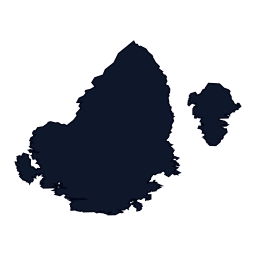 the district of Stord nor, Hordaland, Norway
{"feature_id": "86288312B17491497636164", "entity_name": "Stord nor", "entity_type": "district", "adm_level": 2, "iso_a3": "NOR", "parent_name": "Norway", "parent_adm1": "Hordaland", "projection": "natural_earth1", "projection_center": [5.468, 59.833], "detail": "fine", "context": "isolated", "style": "filled", "palette": "ink", "viewbox_px": 256, "rotation_deg": 0, "n_neighbors": 0, "source": "geoboundaries", "source_scale": "gbopen_adm2", "svg_char_len": 5863}
<svg xmlns="http://www.w3.org/2000/svg" viewBox="0 0 256 256"><path d="M37.8,127.8L35.6,131.0L34.2,130.8L32.9,132.5L32.9,133.9L34.7,134.8L33.8,135.2L33.5,137.0L32.4,137.0L32.2,138.6L30.7,137.3L32.2,138.8L30.7,138.7L30.3,140.5L29.4,140.1L32.7,142.6L30.6,142.7L30.5,145.1L31.3,146.5L29.9,146.6L30.7,147.6L33.5,148.4L33.4,149.5L35.7,152.0L39.2,152.5L35.2,152.4L33.2,150.0L31.9,150.1L32.6,150.6L31.8,151.0L30.7,149.8L29.1,150.2L31.3,151.2L29.5,151.3L30.1,152.2L32.7,151.9L32.9,154.8L31.5,155.5L33.2,157.1L32.4,157.6L33.2,159.1L34.7,158.6L37.0,159.3L36.7,160.0L37.2,160.2L37.4,159.2L37.7,161.5L36.5,163.2L38.4,163.3L38.5,164.3L40.1,164.7L39.8,165.8L40.9,167.0L40.8,168.8L37.5,168.6L36.4,170.1L32.8,166.9L30.9,167.1L30.1,164.2L30.3,159.6L28.7,158.7L27.9,156.3L28.5,155.0L23.4,153.4L22.1,155.6L22.1,157.2L19.5,155.9L17.2,156.8L18.0,158.3L17.2,158.8L18.3,162.4L15.4,162.2L16.5,165.6L18.5,166.9L17.0,168.0L18.2,169.7L17.8,170.6L20.3,172.0L19.3,174.5L21.6,175.3L20.0,176.5L23.2,179.8L26.8,180.8L26.7,181.6L29.2,182.3L29.6,183.5L30.5,181.6L32.1,181.6L33.2,180.0L32.4,177.1L35.5,177.8L35.0,176.8L36.1,175.7L35.5,174.6L37.3,174.2L38.7,175.6L40.2,174.6L39.0,173.5L40.8,174.1L43.0,173.4L43.4,175.0L42.3,175.9L44.5,176.9L44.0,177.4L44.6,178.9L43.2,178.8L43.6,179.4L42.3,179.7L42.7,180.7L41.3,180.7L40.4,182.0L40.5,182.8L42.7,183.4L40.7,184.1L42.6,185.3L41.2,186.3L43.4,187.9L54.3,187.6L53.2,186.9L55.4,186.2L55.4,184.7L54.6,184.1L57.5,183.8L57.8,182.4L59.9,181.5L61.6,183.6L62.7,183.7L59.8,183.9L62.3,184.5L61.0,184.7L62.3,185.1L62.3,185.9L60.9,185.0L57.2,184.9L56.1,186.2L56.4,187.2L57.7,187.0L56.4,186.8L57.9,185.7L60.5,186.7L60.5,187.6L64.8,187.7L67.1,188.8L62.9,187.7L55.2,188.4L56.2,189.2L53.3,190.4L55.9,190.8L55.2,192.6L56.6,193.4L55.4,194.3L60.0,195.5L63.5,193.5L66.1,194.6L65.8,196.6L64.9,197.1L65.8,198.0L79.2,199.0L84.3,198.4L85.6,199.1L69.2,199.9L72.8,201.8L70.2,204.2L71.4,204.9L70.7,205.7L70.9,207.0L72.2,207.8L70.9,209.2L71.1,210.1L76.5,209.7L76.5,210.4L80.7,211.2L81.4,210.3L83.4,211.7L94.3,211.4L96.9,212.7L99.9,211.5L101.1,211.7L100.1,212.3L102.9,212.6L103.7,211.6L104.2,213.0L107.1,213.9L107.8,212.9L110.8,212.1L111.7,212.3L108.2,213.3L108.7,213.6L108.3,214.6L115.3,214.5L119.7,212.2L121.6,212.5L123.4,212.2L119.9,212.1L121.3,211.4L118.8,210.0L124.5,209.6L126.3,207.9L128.1,208.9L127.9,208.0L130.4,205.3L129.9,203.6L128.6,203.0L130.5,200.6L131.8,199.9L130.7,201.7L133.3,200.0L132.0,199.4L133.6,198.7L135.4,199.5L134.3,201.1L135.2,202.4L133.7,202.2L131.5,204.0L135.1,205.3L134.0,206.3L137.3,208.3L137.0,210.7L139.5,210.3L141.3,208.8L140.5,208.1L142.0,206.2L140.0,203.9L140.6,203.8L135.8,201.5L136.9,199.4L138.5,198.7L140.9,199.2L143.6,197.3L146.0,197.9L145.8,200.0L149.4,198.5L148.8,199.5L150.7,198.9L150.7,194.9L149.2,194.9L150.2,195.1L149.8,195.5L146.9,194.5L147.4,192.3L150.0,191.8L151.2,190.5L152.5,191.1L156.0,190.5L156.3,189.4L160.1,187.5L158.5,187.0L158.7,186.0L161.2,185.7L156.5,183.6L156.6,182.6L154.3,182.5L154.6,180.7L153.8,181.0L153.5,182.3L147.8,182.7L148.6,181.2L147.9,181.1L150.3,179.3L150.5,177.6L153.0,174.2L152.4,173.7L155.0,174.6L157.5,173.0L160.6,172.7L162.3,171.0L164.0,171.1L165.0,172.1L165.6,174.0L165.1,174.4L168.7,176.4L173.6,171.9L173.5,173.6L174.3,174.5L176.2,174.3L176.4,173.6L177.6,174.4L177.5,173.5L179.8,172.7L174.7,170.0L177.6,167.7L173.5,166.1L176.2,164.8L178.7,165.8L179.1,165.3L178.3,165.0L178.0,163.5L174.4,162.8L173.4,161.2L174.9,161.0L176.9,163.0L175.0,160.8L171.3,161.0L172.6,159.8L171.9,159.1L173.2,158.5L172.9,158.1L175.6,157.9L176.8,159.4L178.5,158.1L173.2,156.2L173.2,154.7L171.8,153.9L173.9,150.3L172.8,150.2L172.7,148.7L169.5,146.1L171.9,144.8L170.0,144.2L168.1,141.6L166.4,141.7L165.6,139.9L168.3,137.1L168.9,135.2L168.3,134.3L171.0,132.1L169.8,131.2L169.9,130.4L171.7,127.4L171.0,125.1L173.4,120.9L172.5,117.7L173.5,116.7L172.9,116.7L173.0,114.2L172.4,114.7L172.4,113.1L171.2,113.1L171.4,111.4L170.2,110.8L171.0,107.2L168.8,105.3L169.2,104.7L168.2,103.0L168.6,101.9L167.8,97.5L168.8,95.6L168.0,94.6L169.3,92.6L169.6,89.0L167.9,85.8L166.6,85.8L165.2,84.1L166.7,81.1L165.6,78.6L166.3,77.1L165.2,75.5L162.3,74.5L162.6,73.7L161.4,72.3L162.3,71.6L158.2,68.7L159.1,66.5L155.3,62.6L153.1,58.5L152.0,58.1L152.5,56.8L151.9,55.5L148.1,52.4L145.8,49.1L140.5,46.4L139.5,46.9L137.7,45.8L137.4,44.6L135.1,44.3L133.7,41.4L118.6,53.7L114.1,62.9L105.4,69.8L103.2,75.2L94.9,77.9L92.0,82.5L95.4,86.8L90.4,89.6L85.9,90.6L85.4,91.2L86.3,93.1L83.9,96.1L79.2,98.3L77.1,102.3L81.3,102.4L79.2,106.1L80.5,107.3L80.7,108.8L76.5,113.4L77.4,115.8L73.6,120.6L66.8,125.9L64.3,124.5L61.2,124.9L58.0,122.8L55.5,123.2L50.5,121.9L48.2,122.6L47.9,123.6L43.2,127.0L37.8,127.8ZM219.5,84.1L208.6,83.5L205.7,87.8L205.8,88.8L203.1,89.9L201.0,93.5L198.5,95.0L195.9,94.9L196.2,93.8L195.2,92.5L190.8,93.9L189.4,96.0L190.5,97.9L189.2,98.4L189.6,99.3L188.6,100.4L188.1,104.6L189.0,105.5L191.9,102.8L194.7,103.9L196.0,103.3L195.9,106.7L194.4,106.6L193.1,108.9L193.1,114.4L195.2,114.5L194.7,117.7L196.3,117.9L197.9,116.6L198.8,117.6L202.2,117.9L200.3,121.5L201.2,121.8L201.6,124.6L203.0,124.7L203.0,123.7L203.8,124.5L201.8,126.3L199.0,126.3L198.3,128.2L200.6,128.6L202.9,130.6L202.4,133.0L204.9,133.3L205.1,135.8L203.3,137.0L204.6,137.3L204.2,138.4L205.7,139.3L207.1,142.6L209.3,143.5L208.7,144.1L209.9,145.2L215.8,145.4L220.0,141.8L220.4,139.4L222.3,138.8L223.1,137.2L222.8,136.1L226.9,132.2L226.2,129.0L224.4,129.1L220.7,126.1L224.2,124.5L223.7,125.9L225.8,125.1L225.4,125.9L226.4,125.8L227.7,124.8L226.4,124.7L226.9,123.2L224.7,121.5L219.4,120.2L218.6,119.1L219.0,118.0L228.0,117.8L228.6,116.6L225.2,115.1L225.3,114.4L228.4,114.1L229.5,114.9L229.5,114.0L231.5,112.2L233.0,111.3L233.9,111.8L235.4,109.6L237.9,109.2L237.8,108.4L240.6,106.4L238.9,103.6L237.5,103.5L236.9,104.8L237.5,105.3L236.5,105.6L233.7,103.5L233.4,102.0L231.0,99.3L231.0,96.7L228.9,93.1L229.8,91.3L228.5,90.0L223.8,88.3L219.5,84.1Z" fill="#0f172a" stroke="#020617" stroke-width="1.5"/></svg>